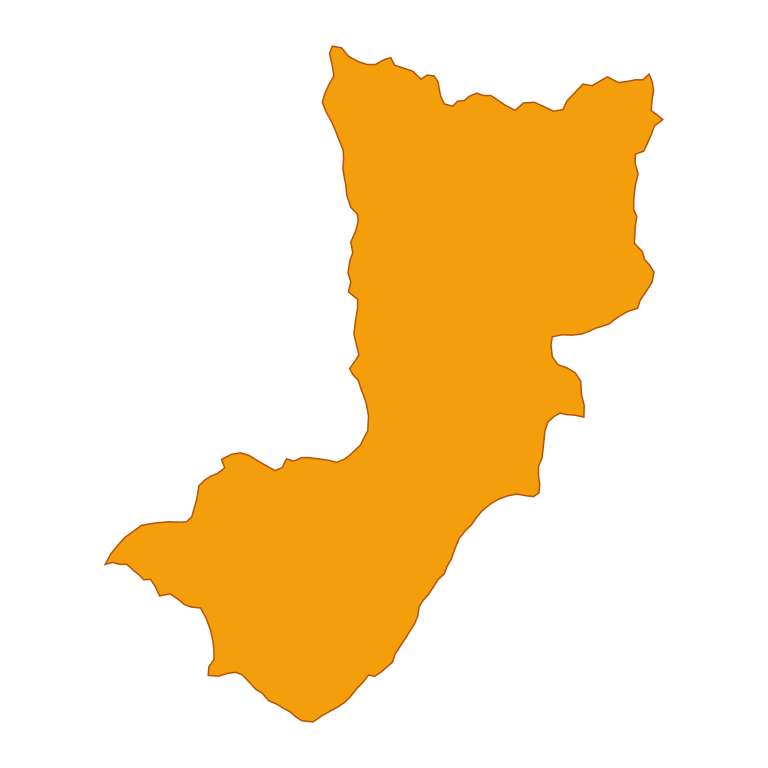 Barão de Cocais, Minas Gerais, Brazil
{"feature_id": "56859067B12176821101651", "entity_name": "Barão de Cocais", "entity_type": "district", "adm_level": 2, "iso_a3": "BRA", "parent_name": "Brazil", "parent_adm1": "Minas Gerais", "projection": "robinson", "projection_center": [-43.5, -19.896], "detail": "fine", "context": "isolated", "style": "filled", "palette": "amber", "viewbox_px": 768, "rotation_deg": 0, "n_neighbors": 0, "source": "geoboundaries", "source_scale": "gbopen_adm2", "svg_char_len": 3177}
<svg xmlns="http://www.w3.org/2000/svg" viewBox="0 0 768 768"><path d="M649.2,74.0L642.9,79.8L635.2,79.8L627.4,81.4L618.4,82.6L607.4,76.8L599.5,81.4L592.1,85.7L582.9,84.1L574.7,92.9L566.9,101.0L563.0,109.5L553.8,111.3L543.8,106.6L534.4,102.3L523.3,103.0L515.2,110.5L504.9,105.0L497.5,100.0L490.8,95.5L483.7,95.5L476.5,93.2L469.1,96.4L464.2,100.7L457.4,101.2L452.8,106.3L444.3,103.9L440.7,96.4L439.2,89.2L438.2,82.2L434.0,75.9L427.3,75.1L420.9,79.1L412.9,71.3L402.3,67.7L394.7,65.3L390.8,57.7L384.6,59.4L375.3,64.5L367.2,64.5L358.5,61.7L348.4,56.2L341.7,47.9L332.3,46.1L329.5,53.4L332.3,65.6L333.9,75.9L329.2,84.1L325.1,92.9L322.3,102.3L326.4,112.5L330.9,120.4L334.7,128.7L339.1,140.2L343.2,150.0L343.6,158.6L342.9,168.4L344.3,177.5L345.9,185.8L346.9,195.7L350.8,207.4L357.2,213.9L358.2,220.9L355.9,230.3L350.8,242.2L352.8,252.7L350.0,260.2L348.0,272.8L350.8,282.0L348.4,291.8L357.5,299.3L357.6,308.7L355.5,320.5L353.9,333.9L356.5,344.9L358.9,354.9L354.4,362.0L349.6,368.6L353.1,374.9L358.3,380.4L360.9,388.7L363.7,395.7L366.4,404.0L368.5,415.9L367.8,430.7L363.7,438.4L360.3,445.3L355.2,450.1L349.6,455.3L344.1,459.3L336.4,462.4L327.8,460.1L315.8,458.5L308.6,457.6L301.8,457.6L293.7,461.1L286.5,458.8L282.3,467.4L275.1,470.6L268.0,466.7L257.7,460.8L248.9,455.3L240.4,452.8L231.5,454.4L221.5,459.3L224.7,467.9L217.5,473.4L210.8,476.2L204.8,480.0L199.0,485.7L196.8,498.9L194.2,508.1L191.8,516.7L186.7,521.8L178.9,522.2L168.6,521.8L154.9,523.0L141.6,525.3L133.3,531.3L125.0,537.3L118.0,545.1L110.8,553.8L105.2,564.4L112.5,562.4L119.7,564.4L126.9,564.3L133.3,570.3L139.2,575.0L143.8,579.8L150.4,579.3L155.2,586.4L159.6,595.9L170.2,593.9L177.8,599.1L184.3,604.5L191.1,607.0L200.6,608.0L206.2,618.5L210.8,630.9L213.2,642.7L214.0,651.0L214.0,659.3L208.8,667.1L208.2,675.4L218.4,676.2L227.1,673.4L235.9,672.3L242.4,674.8L248.8,681.7L255.7,689.2L262.2,693.2L268.8,700.7L277.8,704.7L283.4,708.3L289.8,711.6L295.9,716.9L301.9,720.8L313.1,721.9L322.0,715.6L329.9,711.3L337.8,707.0L344.3,702.6L350.0,697.1L356.9,688.5L363.5,681.7L368.5,675.1L374.6,676.3L381.2,672.0L387.6,666.4L392.5,662.1L394.9,654.5L400.2,646.2L406.5,636.9L410.6,629.8L414.6,623.8L417.8,615.7L419.1,607.0L422.9,600.7L427.9,595.1L432.7,588.1L437.9,579.8L444.3,573.8L447.1,566.3L451.2,559.2L455.0,548.6L459.1,538.5L465.5,530.5L471.7,524.5L476.5,517.5L482.0,510.9L490.9,503.6L499.0,499.0L507.7,495.8L517.2,494.0L526.1,495.8L533.7,496.6L539.0,492.6L539.7,484.3L538.5,476.2L538.5,466.4L542.1,457.6L543.5,445.0L544.9,431.2L547.9,422.1L553.8,416.6L559.9,413.1L566.8,414.6L574.6,415.1L583.9,417.1L584.2,405.3L581.5,394.7L580.7,381.2L575.4,373.0L567.5,368.1L557.8,364.6L552.3,356.8L551.0,344.9L552.3,336.8L561.7,334.8L572.6,335.1L582.2,333.9L589.0,331.3L595.8,328.1L602.7,326.1L608.8,324.1L614.3,319.8L620.0,315.8L627.6,311.5L637.5,308.3L640.3,300.0L645.7,292.1L652.0,282.3L654.0,272.2L649.8,265.4L644.7,259.6L642.3,251.6L634.4,243.3L634.8,235.0L635.2,226.7L636.8,216.5L633.7,209.6L633.7,200.5L635.2,185.9L638.1,174.1L635.1,162.9L635.5,154.0L643.7,151.2L647.7,142.8L650.9,135.4L654.4,125.9L662.8,119.6L657.7,115.3L651.2,110.5L652.0,100.0L653.6,90.6L652.3,82.3L649.2,74.0Z" fill="#f59e0b" stroke="#b45309" stroke-width="1.5"/></svg>